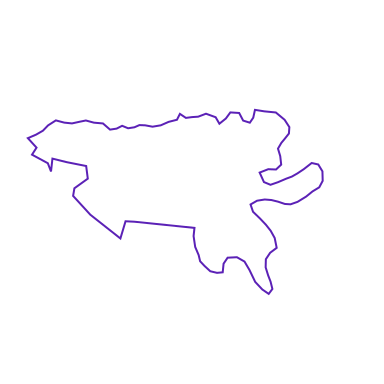 outline of Lacerdópolis, Santa Catarina, Brazil, rotated 333°
{"feature_id": "56859067B18402859490931", "entity_name": "Lacerdópolis", "entity_type": "district", "adm_level": 2, "iso_a3": "BRA", "parent_name": "Brazil", "parent_adm1": "Santa Catarina", "projection": "robinson", "projection_center": [-51.58, -27.257], "detail": "fine", "context": "isolated", "style": "outline", "palette": "violet", "viewbox_px": 384, "rotation_deg": 333, "n_neighbors": 0, "source": "geoboundaries", "source_scale": "gbopen_adm2", "svg_char_len": 1518}
<svg xmlns="http://www.w3.org/2000/svg" viewBox="0 0 384 384"><g transform="rotate(333 192 192)"><path d="M291.6,247.9L299.6,246.2L307.5,245.6L313.5,241.4L317.6,232.8L317.0,224.8L311.8,220.5L302.0,222.4L294.3,223.3L288.0,223.6L282.0,222.9L273.1,222.3L265.2,221.2L260.6,215.8L261.1,205.4L270.3,206.3L277.1,210.1L283.9,208.1L286.9,200.1L288.3,192.4L293.9,188.8L299.0,186.6L304.9,183.9L308.2,178.4L307.3,169.7L302.8,159.2L293.1,153.0L285.4,147.4L280.3,153.6L275.0,156.5L270.0,151.6L269.9,143.0L262.3,138.5L255.5,141.9L247.4,143.6L247.0,136.1L240.0,128.6L231.7,127.7L226.1,125.3L220.2,123.2L216.7,116.9L211.4,120.8L203.0,118.9L194.4,118.4L186.5,115.9L180.5,111.3L175.5,108.5L170.1,108.2L164.0,106.2L159.8,101.3L153.6,101.3L147.3,99.2L143.8,90.5L136.1,85.7L129.9,80.1L124.2,78.5L116.2,76.4L109.7,72.2L103.2,66.4L94.0,67.3L87.0,69.7L79.1,70.1L70.2,69.5L73.6,81.9L66.4,86.1L76.6,100.9L75.7,109.7L82.8,98.9L94.0,108.6L109.5,120.8L105.2,132.8L88.9,135.3L84.3,141.5L91.1,166.1L107.1,200.9L119.5,187.9L127.3,192.4L177.9,225.1L173.4,232.0L169.9,242.4L169.3,251.2L167.8,257.4L169.6,263.6L172.3,270.9L177.6,275.4L182.9,277.5L187.6,270.2L193.9,266.7L202.4,270.5L207.2,277.8L207.8,287.5L207.5,300.8L210.4,310.8L214.1,317.6L219.6,314.9L221.3,307.6L222.0,300.8L223.4,292.6L227.3,285.4L234.1,281.6L242.1,280.2L244.8,270.5L244.5,262.3L243.0,254.8L240.6,246.6L237.4,237.3L238.5,229.7L246.0,229.3L253.4,231.7L259.1,235.2L264.3,239.7L269.3,244.8L274.2,247.7L281.6,248.7L291.6,247.9Z" fill="none" stroke="#5b21b6" stroke-width="2"/></g></svg>